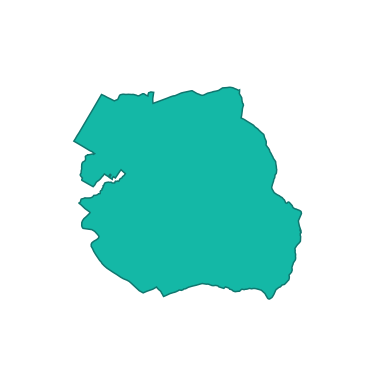 Pargaresti, Bacau, Romania (Equal Earth projection), rotated 213°
{"feature_id": "2599482B11675765739939", "entity_name": "Pargaresti", "entity_type": "district", "adm_level": 2, "iso_a3": "ROU", "parent_name": "Romania", "parent_adm1": "Bacau", "projection": "equal_earth", "projection_center": [26.649, 46.243], "detail": "fine", "context": "isolated", "style": "filled", "palette": "teal", "viewbox_px": 384, "rotation_deg": 213, "n_neighbors": 0, "source": "geoboundaries", "source_scale": "gbopen_adm2", "svg_char_len": 6030}
<svg xmlns="http://www.w3.org/2000/svg" viewBox="0 0 384 384"><g transform="rotate(213 192 192)"><path d="M247.8,276.4L253.5,270.7L254.9,269.2L258.5,263.8L258.7,263.5L260.1,262.3L261.8,260.2L264.2,256.8L272.9,245.1L273.5,245.7L275.2,248.0L275.9,249.2L278.4,254.7L278.8,254.5L281.0,253.5L281.6,252.6L282.4,251.7L282.2,250.6L281.8,249.5L281.3,248.5L283.0,248.2L285.8,248.2L286.6,247.7L286.9,247.5L288.2,245.2L288.8,243.9L289.4,243.4L290.1,243.0L291.3,242.9L293.8,242.1L294.5,241.8L295.9,240.8L298.4,239.4L300.3,238.0L300.9,237.6L302.6,236.8L303.2,236.4L304.9,234.7L305.2,234.2L305.3,233.2L305.0,231.4L304.7,229.6L304.9,228.9L306.8,226.1L311.6,225.6L314.6,225.2L317.6,225.0L321.0,224.5L320.2,208.1L319.8,198.5L319.0,180.4L319.0,176.2L318.8,173.0L318.8,170.3L310.5,170.7L301.0,171.0L299.5,171.1L298.4,171.4L297.2,171.4L296.0,171.2L294.6,171.1L294.9,170.7L295.0,170.0L295.6,170.0L296.2,169.6L298.4,167.4L299.8,166.4L299.6,166.0L300.4,165.1L300.8,164.0L300.7,163.5L299.7,162.4L298.9,161.0L298.8,160.3L298.9,159.5L299.8,157.8L299.9,157.3L299.9,156.8L299.6,155.3L298.1,152.7L297.2,151.5L296.9,150.8L296.6,149.8L295.3,147.4L295.3,147.1L295.3,146.0L295.0,145.4L294.3,144.9L291.5,144.0L291.3,143.3L291.4,142.7L290.7,141.8L277.8,142.6L277.4,144.8L277.6,147.9L277.4,148.8L277.1,149.7L276.6,150.7L276.0,153.0L275.8,155.4L275.4,157.4L275.4,158.8L275.3,159.4L273.2,159.3L270.7,159.4L269.9,159.3L270.2,159.8L270.5,161.7L270.3,162.3L269.6,162.3L269.2,162.0L269.2,161.4L269.2,160.8L269.0,159.8L269.0,159.2L265.8,159.2L266.3,160.3L266.3,162.0L263.9,162.0L263.8,169.6L263.8,170.6L263.6,171.1L263.6,172.0L257.9,171.1L257.9,169.3L258.1,168.3L258.6,167.2L258.5,165.8L258.6,165.3L259.0,164.9L259.6,163.4L259.2,161.6L259.5,160.9L260.3,160.8L260.4,160.5L260.7,160.1L261.1,159.8L261.8,159.6L262.1,159.3L262.2,158.9L261.8,157.9L261.8,157.6L262.3,157.1L263.8,156.1L265.2,156.2L266.3,155.2L267.3,154.9L267.9,154.4L269.3,153.1L270.0,152.1L269.9,151.5L270.0,151.4L269.7,150.1L269.8,149.6L269.7,149.2L269.9,148.7L269.5,148.6L269.3,147.6L269.1,147.2L269.2,146.1L269.2,145.5L269.0,145.2L268.7,144.8L268.8,144.2L269.2,143.6L269.3,143.2L269.2,142.6L269.1,142.1L268.7,141.7L268.2,140.9L268.3,140.4L269.1,139.9L269.5,139.6L269.6,138.7L269.9,138.2L270.4,137.4L271.1,136.7L272.5,135.7L272.6,135.3L272.5,134.7L272.6,134.2L272.8,133.5L273.3,132.7L274.1,131.6L277.0,129.6L278.7,128.7L279.0,128.1L279.9,127.0L281.0,125.8L280.9,124.8L280.2,122.9L280.5,121.6L280.8,121.2L280.6,121.0L278.5,120.9L272.7,119.8L266.9,119.5L266.2,119.1L266.4,117.7L267.3,113.6L268.1,110.9L268.2,108.5L267.8,106.4L266.3,103.9L265.4,103.0L264.1,102.3L263.5,102.2L255.5,105.9L252.1,106.0L248.3,105.0L245.9,104.2L245.6,103.4L245.4,102.4L245.7,101.1L246.3,99.6L247.6,97.1L248.3,94.9L248.1,93.3L246.9,91.5L244.6,90.4L242.2,88.8L238.5,87.0L235.4,85.7L232.1,84.3L230.3,83.9L228.4,83.0L225.4,82.3L221.8,81.8L214.1,81.7L210.2,81.8L205.3,81.7L202.2,81.9L198.7,82.6L196.1,82.8L193.8,82.5L182.4,80.5L178.0,80.8L175.7,84.3L171.9,89.2L170.0,93.0L168.8,92.5L166.7,92.0L164.7,91.8L164.1,91.6L163.5,91.4L162.7,90.8L161.1,90.1L159.4,89.1L158.9,88.9L157.9,90.4L157.3,91.3L155.2,94.7L152.9,97.5L152.0,98.4L151.1,99.6L149.7,101.9L149.5,102.6L149.1,103.0L148.5,103.2L148.1,103.5L147.4,103.7L146.3,105.1L146.2,106.0L144.6,107.5L143.5,109.5L143.1,110.2L140.5,113.2L138.8,115.0L137.9,115.9L134.6,119.7L133.4,121.0L132.8,121.1L131.8,121.7L131.1,121.9L129.5,122.7L128.9,123.2L127.9,123.7L124.4,124.4L123.6,124.8L122.9,125.2L121.4,126.5L119.3,127.4L117.8,127.1L112.8,128.5L112.3,130.6L108.9,131.5L107.4,131.0L106.1,131.5L105.0,131.6L103.9,131.4L103.4,131.4L101.5,131.9L99.8,133.4L99.0,134.0L98.2,134.6L97.9,135.3L97.7,136.5L97.5,137.0L97.3,137.5L96.9,137.8L95.1,138.5L94.4,139.4L93.2,140.3L92.4,141.1L91.8,142.0L91.4,142.4L90.3,142.9L89.4,143.2L89.1,143.4L88.4,144.2L87.3,145.0L85.9,145.7L82.2,146.9L80.3,147.4L75.5,146.6L73.9,145.7L70.7,144.1L69.8,144.0L68.9,144.3L68.4,145.0L67.9,146.2L67.6,146.9L67.5,147.5L67.5,149.2L67.6,150.9L68.3,155.2L68.3,156.4L67.8,157.2L67.3,159.1L66.2,160.6L65.8,163.1L64.1,164.9L63.5,167.8L63.2,170.1L63.0,170.8L63.1,171.6L63.3,172.2L64.1,173.8L65.1,174.8L65.4,175.7L65.1,176.9L64.9,179.4L65.2,179.9L65.4,181.0L66.3,182.2L66.8,182.6L67.2,183.4L67.7,185.1L68.0,186.7L68.4,187.6L68.4,191.4L68.7,192.3L69.4,193.5L69.9,194.0L71.1,196.1L71.8,196.8L72.7,197.5L73.7,199.3L74.2,199.9L74.9,200.5L75.0,203.4L74.9,205.2L74.5,207.1L74.3,208.3L74.3,209.8L76.6,213.8L77.7,214.7L78.6,216.2L78.3,217.2L79.2,217.6L79.3,217.8L78.9,218.0L79.1,218.3L79.5,218.2L80.5,218.7L80.7,219.0L80.1,219.3L83.3,221.8L86.0,224.5L87.1,225.8L88.3,232.7L88.5,233.6L89.6,234.8L90.3,235.1L91.4,235.1L92.4,235.0L94.1,234.6L95.5,234.4L95.9,234.1L97.7,233.9L98.5,233.9L99.2,234.2L100.7,235.2L104.8,236.3L105.7,236.1L106.1,235.5L106.2,234.6L106.4,234.3L106.8,234.0L107.7,234.0L110.1,235.6L111.7,235.9L113.3,236.4L115.4,236.3L116.9,236.4L119.0,236.1L122.7,236.2L126.4,238.1L127.3,238.8L127.9,239.7L128.3,241.1L128.6,241.9L129.6,245.7L130.2,246.9L130.3,247.7L130.4,249.0L131.4,251.0L131.6,251.4L131.5,253.4L131.6,253.9L132.0,254.7L133.0,256.6L133.3,257.1L134.0,257.7L135.1,259.2L136.5,260.7L137.5,261.8L138.2,262.8L138.6,263.1L139.5,263.5L142.2,264.6L143.2,265.4L144.4,266.0L147.1,267.6L148.5,268.2L150.2,269.6L152.1,270.5L153.0,270.7L154.3,271.3L155.1,271.5L155.3,271.7L155.8,272.3L156.4,273.5L157.2,274.7L157.7,275.0L158.0,275.4L159.2,276.1L160.8,277.2L162.2,278.5L163.0,279.2L163.4,279.4L164.9,279.5L166.6,279.8L167.3,279.8L168.2,280.1L169.2,280.2L170.9,280.7L174.7,280.9L175.5,281.1L176.7,281.5L181.2,281.4L184.2,281.3L187.4,281.3L191.2,280.9L192.1,283.3L194.5,288.3L194.9,288.9L195.6,290.8L196.1,292.8L197.1,293.8L197.7,293.8L199.7,295.7L201.6,298.1L205.9,300.3L207.2,302.8L207.7,303.5L207.9,303.1L208.1,302.8L209.3,302.5L210.6,302.4L212.3,302.0L214.0,301.8L215.0,301.5L217.1,300.6L217.7,300.2L219.3,298.8L223.1,295.9L225.0,291.7L226.5,290.0L228.9,287.7L229.7,286.6L232.8,283.3L234.9,279.8L235.5,279.1L236.3,278.5L237.9,278.0L239.4,277.8L241.4,277.3L247.0,277.0L247.8,276.4Z" fill="#14b8a6" stroke="#0f766e" stroke-width="1.5"/></g></svg>